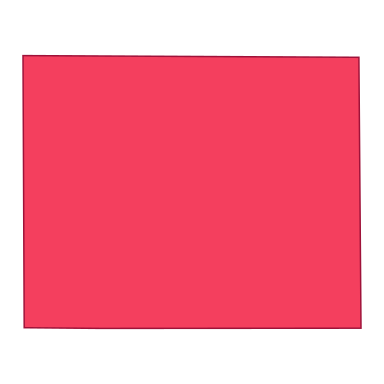 Thomas, Nebraska, United States of America (orthographic projection)
{"feature_id": "52423323B67335599422711", "entity_name": "Thomas", "entity_type": "district", "adm_level": 2, "iso_a3": "USA", "parent_name": "United States of America", "parent_adm1": "Nebraska", "projection": "orthographic", "projection_center": [-100.534, 41.914], "detail": "fine", "context": "isolated", "style": "filled", "palette": "rose", "viewbox_px": 384, "rotation_deg": 0, "n_neighbors": 0, "source": "geoboundaries", "source_scale": "gbopen_adm2", "svg_char_len": 199}
<svg xmlns="http://www.w3.org/2000/svg" viewBox="0 0 384 384"><path d="M358.9,57.3L23.0,55.6L24.2,327.7L100.5,328.4L361.0,328.2L358.9,57.3Z" fill="#f43f5e" stroke="#9f1239" stroke-width="1.5"/></svg>